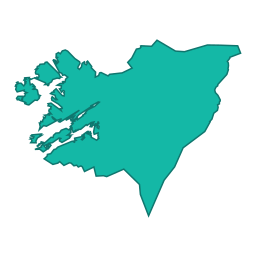 outline of Åfjord nor, Sør-Trøndelag, Norway
{"feature_id": "86288312B63643757450384", "entity_name": "Åfjord nor", "entity_type": "district", "adm_level": 2, "iso_a3": "NOR", "parent_name": "Norway", "parent_adm1": "Sør-Trøndelag", "projection": "albers", "projection_center": [10.134, 63.948], "detail": "fine", "context": "isolated", "style": "filled", "palette": "teal", "viewbox_px": 256, "rotation_deg": 0, "n_neighbors": 0, "source": "geoboundaries", "source_scale": "gbopen_adm2", "svg_char_len": 5457}
<svg xmlns="http://www.w3.org/2000/svg" viewBox="0 0 256 256"><path d="M96.1,176.1L103.5,175.7L106.7,176.6L123.8,169.1L139.5,184.5L140.4,194.5L148.6,215.8L164.1,180.2L174.6,166.9L183.1,147.8L204.8,131.5L210.1,121.9L209.7,121.6L211.9,119.2L213.8,113.2L217.4,110.4L218.1,107.4L217.6,104.7L219.4,103.9L219.4,101.9L220.2,101.0L220.2,99.8L217.9,95.3L215.4,92.6L214.7,89.9L215.9,87.2L217.7,85.8L217.8,84.5L226.8,74.5L228.4,69.6L228.0,68.8L228.5,65.7L228.3,62.9L227.3,61.4L229.8,58.3L229.8,57.3L240.6,53.2L237.7,45.8L220.1,45.2L207.4,45.0L184.5,51.7L175.5,51.1L157.0,40.2L151.6,46.3L141.1,45.8L140.6,46.0L140.9,47.2L139.8,48.4L136.4,49.1L131.8,58.0L127.7,62.4L132.1,68.1L122.2,72.9L109.7,74.3L108.1,75.9L101.0,72.5L99.6,72.9L98.6,75.6L95.3,77.1L95.6,72.1L91.3,67.8L91.7,66.5L87.6,61.1L86.7,61.9L87.1,63.6L86.3,64.8L84.5,63.8L84.8,62.4L84.4,61.8L82.1,63.4L81.5,66.9L79.4,69.4L77.8,68.1L78.1,66.5L80.0,63.5L79.6,61.8L74.9,58.6L67.6,51.1L65.3,50.0L62.3,50.9L60.3,53.8L58.5,52.5L56.1,54.0L56.6,56.6L56.1,56.3L56.0,57.6L57.4,57.6L56.7,58.3L58.6,61.9L57.6,62.7L57.7,63.6L57.0,62.5L56.6,63.1L56.7,61.4L55.1,60.1L52.9,59.7L55.5,61.4L56.0,62.5L57.4,64.1L54.0,62.0L59.4,72.2L61.9,73.4L62.6,75.3L64.6,74.8L67.8,77.1L65.6,79.2L65.1,81.9L63.6,81.6L63.9,82.7L63.5,83.2L62.8,82.8L63.1,82.0L62.5,81.9L62.6,83.6L60.3,83.4L57.2,85.2L61.4,85.8L61.2,88.3L59.4,88.9L61.6,92.1L63.1,90.5L64.2,91.0L64.5,91.9L63.7,92.7L64.4,93.9L64.0,96.0L62.1,95.5L56.1,88.8L53.7,90.8L54.1,92.0L52.2,92.1L50.5,93.6L55.1,95.3L55.5,97.5L57.2,99.6L55.7,99.8L52.2,96.7L51.5,98.3L51.9,100.2L58.1,103.9L61.9,107.2L62.2,108.4L60.4,108.6L61.2,110.6L51.0,103.1L48.0,103.7L48.6,104.7L48.0,105.8L51.2,106.7L50.7,108.1L50.9,109.0L49.3,109.2L48.8,111.0L51.3,113.9L49.4,113.7L49.6,114.9L49.1,115.2L48.6,114.8L48.8,112.8L47.6,114.8L44.5,115.2L45.5,115.9L45.4,117.1L44.9,118.0L43.5,117.2L43.6,119.2L42.6,120.2L42.6,121.7L40.7,121.4L40.5,123.2L39.4,123.0L40.2,126.6L39.3,129.7L43.6,125.6L46.4,126.2L56.0,121.0L53.1,118.8L51.7,116.4L56.8,120.4L61.7,118.7L58.6,121.6L60.0,122.1L79.4,110.2L65.7,120.3L74.4,116.1L72.6,118.8L70.7,119.6L71.1,120.8L72.6,120.6L75.9,118.5L76.6,118.8L77.4,117.9L76.7,117.2L78.8,114.8L91.8,106.2L90.2,106.2L98.3,101.9L99.3,102.2L94.6,106.4L87.6,109.9L85.0,113.2L85.5,113.5L82.7,115.2L83.1,115.8L77.3,119.9L76.1,118.8L74.6,120.2L75.0,121.0L72.5,121.8L72.8,122.3L71.7,123.3L73.0,123.7L69.7,127.2L71.3,126.6L71.7,127.3L68.7,129.8L66.1,128.4L61.3,130.2L59.4,132.8L55.9,133.1L53.5,135.3L53.1,137.4L51.0,137.3L44.9,142.8L41.2,141.8L40.8,143.4L38.9,144.0L37.8,145.8L36.7,145.6L37.8,146.4L40.8,143.5L43.8,143.6L41.1,146.0L41.5,146.9L34.9,149.4L39.8,149.2L43.2,151.9L47.7,148.8L46.2,148.3L43.9,145.8L44.2,145.6L48.3,143.8L48.7,144.6L48.2,145.5L46.5,145.6L46.8,146.9L48.5,146.8L48.1,147.7L48.5,148.5L51.0,145.3L49.1,143.2L52.3,142.7L59.1,138.0L60.3,138.3L59.5,138.8L60.3,138.9L59.6,139.5L59.5,140.9L62.0,142.4L69.5,138.1L70.3,136.9L69.0,137.1L70.8,136.0L69.2,136.3L71.2,135.1L67.5,135.1L70.7,132.8L70.4,132.4L71.0,131.9L70.3,130.3L71.4,128.3L72.1,128.2L72.0,129.9L72.9,131.3L74.0,131.5L72.7,132.6L75.1,131.6L74.6,131.1L75.9,130.1L76.4,130.9L77.9,130.0L77.9,130.8L78.1,129.5L80.7,129.3L86.3,124.6L87.5,124.9L86.5,125.9L91.0,122.6L94.0,121.9L93.2,123.5L90.7,124.3L90.5,125.1L90.9,125.6L90.1,126.6L91.8,126.9L92.6,125.3L95.2,124.8L95.3,123.8L97.0,124.2L98.4,121.3L98.2,123.1L99.3,122.6L97.2,124.9L99.1,126.4L98.7,128.6L97.1,127.6L97.5,126.1L96.6,125.4L94.6,126.3L93.6,132.1L94.2,134.3L98.1,132.9L97.9,135.8L98.5,136.6L98.1,137.9L98.7,138.3L96.7,140.2L91.3,137.3L91.3,135.8L90.3,135.4L91.0,134.1L90.1,134.1L90.7,132.8L90.4,131.8L89.1,132.4L88.4,134.1L87.0,133.6L88.3,131.4L87.5,131.4L83.8,134.1L84.3,134.5L83.9,135.8L84.7,137.6L82.4,139.9L81.5,139.5L83.8,137.1L82.8,136.2L83.1,134.8L81.9,135.3L82.0,136.6L74.6,138.2L74.6,139.1L76.1,140.4L73.8,141.0L75.0,142.5L72.2,141.2L57.9,147.1L55.7,149.2L54.0,149.5L50.7,153.7L47.4,154.4L47.1,156.2L44.1,158.8L52.9,164.4L57.9,163.1L59.7,161.6L63.9,165.4L69.3,162.8L71.1,163.1L73.9,165.8L76.7,165.2L78.3,167.0L80.9,165.9L82.3,166.8L84.5,171.5L93.9,167.0L96.1,176.1ZM47.0,62.0L45.2,62.4L44.5,63.9L40.0,64.3L39.2,65.8L37.3,66.5L37.2,67.7L35.8,69.1L37.6,68.8L35.8,70.8L35.4,72.8L35.9,74.0L38.6,74.4L39.1,76.3L38.6,77.3L36.9,77.2L37.0,77.9L34.5,77.8L34.1,78.1L36.7,78.0L36.7,78.4L37.0,79.0L36.8,78.1L37.9,78.2L38.0,79.0L37.1,79.2L45.5,82.8L45.8,83.6L44.8,84.6L47.3,84.5L47.6,85.5L48.2,85.6L48.8,84.9L47.3,84.4L51.5,81.9L52.7,79.5L57.1,78.1L59.7,78.5L60.3,77.2L61.3,77.1L59.9,76.1L59.1,73.9L47.0,62.0ZM29.3,77.5L25.1,77.8L26.0,78.9L24.7,78.5L24.1,79.8L25.2,79.3L24.8,81.2L26.0,81.6L25.7,82.1L26.0,83.5L25.1,82.1L24.8,83.0L25.6,83.4L23.8,85.9L21.1,83.2L18.1,83.2L18.0,82.0L17.3,82.1L16.6,82.7L18.1,83.6L15.8,84.9L15.4,86.2L16.5,86.2L15.7,89.4L17.2,91.9L24.1,90.2L23.9,91.0L24.4,91.5L27.0,92.7L24.9,93.5L25.4,93.9L24.7,96.2L22.9,97.1L22.3,99.9L22.4,101.1L26.5,102.9L24.9,102.7L24.8,103.6L27.2,104.6L28.9,104.9L34.9,100.1L37.2,100.4L38.8,98.8L39.5,97.7L39.0,97.0L40.4,95.6L38.3,94.8L37.4,90.1L35.8,89.1L33.4,89.4L32.9,89.2L34.8,87.9L34.3,87.7L34.9,86.6L33.1,86.4L34.0,85.4L32.2,83.9L30.3,84.8L29.4,80.1L33.0,78.4L29.8,79.8L30.0,78.7L28.9,78.5L29.3,77.5ZM41.1,134.0L31.8,134.9L30.8,135.9L34.0,136.9L33.2,138.3L30.7,138.0L31.1,138.5L30.3,139.0L31.3,139.2L32.0,140.9L30.7,142.7L36.1,142.8L35.9,141.0L37.4,138.0L42.0,135.1L40.3,134.9L41.1,134.0ZM22.8,96.3L18.0,96.3L16.5,98.3L17.3,99.8L18.8,99.0L18.9,99.9L21.2,100.8L22.8,96.3Z" fill="#14b8a6" stroke="#0f766e" stroke-width="1.5"/></svg>